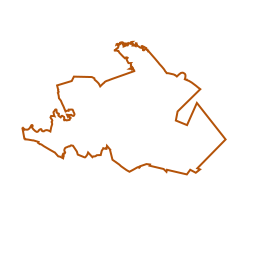 the district of Amacuzac, Morelos, Mexico, rotated 313°
{"feature_id": "50627088B73948471129715", "entity_name": "Amacuzac", "entity_type": "district", "adm_level": 2, "iso_a3": "MEX", "parent_name": "Mexico", "parent_adm1": "Morelos", "projection": "albers", "projection_center": [-99.387, 18.588], "detail": "fine", "context": "isolated", "style": "outline", "palette": "amber", "viewbox_px": 256, "rotation_deg": 313, "n_neighbors": 0, "source": "geoboundaries", "source_scale": "gbopen_adm2", "svg_char_len": 5398}
<svg xmlns="http://www.w3.org/2000/svg" viewBox="0 0 256 256"><g transform="rotate(313 128 128)"><path d="M97.0,158.9L101.1,160.3L105.6,161.7L106.3,162.1L106.5,162.5L106.5,163.3L107.2,163.4L107.3,163.0L107.3,162.6L107.8,162.7L114.2,166.1L116.4,169.1L115.8,169.5L115.2,169.6L122.3,182.0L122.2,186.0L124.0,185.0L134.2,202.7L139.9,202.0L141.5,208.1L146.8,208.9L145.8,206.2L186.2,207.2L193.3,161.3L170.4,169.2L166.1,157.9L173.9,153.0L205.7,154.4L205.4,151.3L205.3,149.3L205.3,149.2L204.7,143.6L204.0,140.4L203.1,138.2L203.4,138.0L202.8,137.2L202.4,136.3L203.8,135.6L204.7,135.0L205.8,134.0L206.2,133.3L206.4,132.5L206.0,130.7L205.5,130.0L204.4,129.2L202.1,128.8L199.0,128.6L198.9,126.5L198.8,126.3L198.7,126.4L198.4,125.0L195.6,120.2L195.2,119.7L194.8,119.3L194.5,118.9L194.7,118.6L194.8,117.4L194.9,116.4L195.3,115.2L195.6,113.8L196.0,110.6L196.2,107.6L196.5,105.8L197.2,100.0L198.1,91.3L197.8,90.8L198.0,90.6L198.3,90.2L198.0,89.9L198.5,88.9L198.0,88.6L198.0,88.2L198.3,87.3L198.9,86.8L198.8,86.4L198.7,86.2L198.2,86.1L197.7,86.5L197.0,86.7L196.0,86.7L195.6,86.6L195.2,85.9L195.6,85.5L195.8,85.1L196.1,84.7L196.8,84.3L197.4,84.3L197.5,84.0L197.7,83.8L198.1,83.9L197.6,82.4L197.2,82.2L195.9,83.3L195.7,83.1L195.1,82.0L195.0,81.4L194.9,80.2L194.6,79.0L194.3,78.7L194.2,77.7L194.4,77.5L195.2,77.5L195.3,77.1L195.7,76.5L195.3,76.2L195.2,76.0L194.3,76.6L193.9,76.8L193.7,76.7L193.6,77.2L193.1,77.6L193.0,77.1L192.5,76.3L191.4,75.1L191.6,75.0L191.9,75.0L192.1,75.1L192.8,74.9L192.9,74.4L192.8,74.1L191.5,72.8L191.7,72.4L192.1,72.4L194.1,72.6L193.8,72.3L192.9,71.7L192.5,71.6L192.3,71.7L190.9,71.4L190.4,71.2L190.3,70.3L190.2,70.3L189.9,70.3L189.3,70.9L189.0,71.3L188.2,71.4L187.9,70.3L188.7,70.0L189.0,70.0L189.1,69.6L188.3,69.1L188.0,68.4L187.9,68.2L187.6,68.0L187.2,67.8L186.3,68.0L186.5,69.7L186.9,69.9L186.8,70.2L184.6,69.2L185.0,68.8L185.6,67.9L185.5,67.3L186.0,67.0L185.9,66.6L186.7,66.9L187.1,66.8L187.0,65.8L186.7,65.2L185.5,64.3L184.8,64.0L184.6,64.1L183.8,65.0L183.3,64.9L183.2,64.2L182.8,63.6L181.6,62.5L181.2,62.7L181.8,62.9L181.6,63.1L181.5,64.7L181.4,65.0L181.0,65.5L180.4,65.7L179.8,66.0L179.5,65.9L178.8,65.7L178.2,65.6L177.9,65.5L177.6,65.5L176.9,65.6L176.7,65.5L176.3,65.4L176.0,65.2L175.6,65.5L175.7,65.8L175.9,65.9L176.1,65.8L176.3,66.0L176.8,66.4L176.9,67.0L177.5,67.9L177.4,68.1L177.8,68.5L177.2,70.4L176.9,75.6L176.9,78.0L177.5,78.1L178.1,78.4L178.4,78.6L178.8,79.0L179.1,79.7L179.1,79.9L177.3,80.0L176.7,81.4L176.4,82.2L175.8,84.1L176.3,84.7L177.4,85.8L177.2,85.8L176.6,86.7L176.5,86.8L176.2,87.3L175.7,87.4L175.5,87.6L175.3,87.9L175.1,88.1L175.1,88.3L175.3,88.5L175.3,89.5L173.4,89.1L172.4,88.8L172.8,89.3L174.1,89.6L173.9,89.7L174.0,89.8L173.4,90.8L174.8,91.4L174.4,91.9L173.8,93.2L174.2,93.4L173.9,93.8L153.6,83.2L150.6,81.7L149.5,81.2L148.3,80.5L147.2,80.0L145.9,79.6L144.6,79.7L144.3,79.6L143.8,79.5L142.1,79.4L139.5,79.3L140.4,76.8L140.6,75.8L140.7,73.7L140.6,70.6L141.4,69.5L140.6,66.8L129.2,54.0L129.0,53.7L128.7,53.4L124.0,54.8L110.8,47.1L108.7,50.3L108.6,50.8L108.0,51.1L107.5,51.5L107.4,52.3L107.1,52.6L106.6,52.6L106.4,52.9L106.2,53.0L105.8,52.9L105.5,53.6L105.0,54.3L104.1,55.6L102.7,57.2L102.2,60.3L101.7,61.4L100.8,63.4L99.9,65.8L99.2,67.4L98.7,68.4L97.5,71.1L98.0,71.3L98.3,71.2L99.2,71.7L100.0,72.8L101.0,72.1L101.8,73.0L102.7,73.8L103.2,74.4L103.6,75.0L103.2,76.1L102.6,77.2L102.4,77.8L102.0,78.9L101.3,79.7L100.5,79.9L99.8,80.0L99.4,79.6L99.0,78.5L98.8,77.3L98.0,76.8L97.3,75.9L97.3,75.6L97.2,75.8L96.1,74.3L95.3,76.3L95.8,76.2L95.8,76.6L96.4,78.7L96.3,79.1L96.2,79.2L95.8,79.0L95.2,79.0L94.7,79.3L94.4,79.7L93.9,79.6L91.7,77.9L91.4,76.9L90.7,76.6L90.2,76.1L90.4,75.5L91.1,75.2L91.9,74.5L92.5,73.7L92.0,71.5L91.5,71.2L89.9,71.5L89.6,68.9L89.9,68.3L90.5,68.0L91.1,68.0L91.3,67.7L91.2,67.2L90.8,66.8L90.7,66.0L90.7,65.2L91.3,64.7L92.1,63.8L92.6,63.1L92.4,62.6L91.9,62.3L91.4,62.3L90.9,62.5L90.2,62.6L89.4,62.6L88.8,62.7L88.4,63.1L88.0,63.8L87.1,64.9L86.5,66.2L86.1,65.4L85.6,65.0L84.8,64.2L84.4,63.6L82.9,64.1L82.5,65.3L82.3,66.7L81.7,67.7L80.3,68.0L80.0,68.9L79.0,70.0L76.4,71.2L72.5,73.6L72.2,72.4L71.7,71.1L71.2,70.2L70.6,69.6L70.1,69.3L69.1,68.8L68.6,68.7L68.2,68.7L67.9,68.3L67.5,67.9L67.3,67.4L67.3,67.0L67.3,66.7L67.9,65.8L67.9,65.2L67.6,64.9L67.2,64.7L66.5,64.5L65.9,64.4L65.4,64.4L64.4,64.6L63.8,64.5L63.2,64.2L62.9,63.9L62.6,62.7L62.5,62.0L62.5,59.6L62.9,57.4L63.0,57.2L63.9,57.1L64.4,56.9L64.8,56.5L64.8,56.2L64.8,55.9L64.5,55.6L64.2,55.5L63.9,55.5L61.9,56.0L60.4,56.2L59.1,56.0L58.4,55.7L57.9,55.3L56.8,53.9L56.6,53.5L56.5,53.1L56.5,52.3L56.4,52.4L56.5,51.1L55.8,51.0L54.8,52.4L49.6,59.4L50.0,60.1L49.6,60.6L50.6,61.7L50.7,61.9L50.7,62.0L50.8,62.1L51.3,62.7L53.9,66.7L54.4,67.2L56.8,72.1L55.8,72.4L56.1,74.6L56.4,74.8L56.9,76.0L57.3,78.9L58.9,86.1L60.0,90.6L60.2,91.1L59.7,96.3L60.7,97.9L61.6,101.2L62.5,100.6L63.1,98.9L63.6,98.9L63.9,99.8L64.5,99.3L64.4,98.3L65.1,98.1L66.0,98.6L66.3,99.0L66.9,98.9L67.4,98.6L67.5,98.0L68.0,96.9L69.0,96.1L70.5,95.7L71.6,96.0L72.7,96.6L73.5,96.9L74.2,97.2L74.8,97.9L76.1,98.0L76.8,98.6L77.1,99.4L77.5,99.9L75.9,106.7L74.3,109.4L76.9,116.2L77.4,116.7L78.2,116.7L79.4,116.6L80.8,116.4L82.9,115.5L82.4,121.9L83.5,121.9L83.9,122.3L84.4,122.9L85.1,123.4L85.6,123.6L86.2,123.6L86.9,123.8L89.6,126.5L93.5,124.3L95.8,124.0L96.4,123.7L97.2,125.4L97.8,125.4L97.9,126.3L98.1,126.5L100.6,124.8L100.0,129.8L99.7,129.8L94.2,138.3L95.3,146.5L95.3,149.0L96.2,155.6L97.0,158.9Z" fill="none" stroke="#b45309" stroke-width="2"/></g></svg>